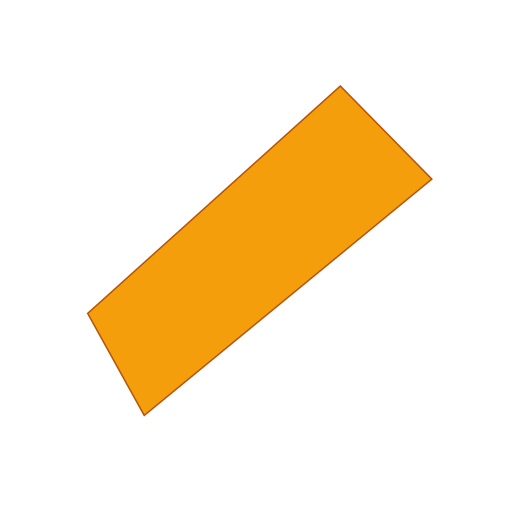 Niulakita, Tuvalu (Mercator projection), rotated 291°
{"feature_id": "33948139B18258298455850", "entity_name": "Niulakita", "entity_type": "district", "adm_level": 2, "iso_a3": "TUV", "parent_name": "Tuvalu", "parent_adm1": "", "projection": "mercator", "projection_center": [179.471, -10.79], "detail": "fine", "context": "isolated", "style": "filled", "palette": "amber", "viewbox_px": 512, "rotation_deg": 291, "n_neighbors": 0, "source": "geoboundaries", "source_scale": "gbopen_adm2", "svg_char_len": 230}
<svg xmlns="http://www.w3.org/2000/svg" viewBox="0 0 512 512"><g transform="rotate(291 256 256)"><path d="M142.1,119.4L67.1,208.8L390.8,392.6L444.9,273.8L142.1,119.4Z" fill="#f59e0b" stroke="#b45309" stroke-width="1.5"/></g></svg>